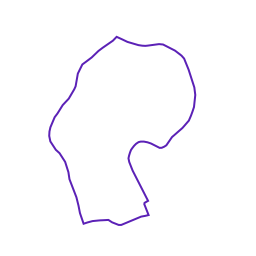 San Antonio Sacatepéquez, San Marcos, Guatemala, rotated 156°
{"feature_id": "79465075B59585261586559", "entity_name": "San Antonio Sacatepéquez", "entity_type": "district", "adm_level": 2, "iso_a3": "GTM", "parent_name": "Guatemala", "parent_adm1": "San Marcos", "projection": "albers", "projection_center": [-91.709, 14.966], "detail": "fine", "context": "isolated", "style": "outline", "palette": "violet", "viewbox_px": 256, "rotation_deg": 156, "n_neighbors": 0, "source": "geoboundaries", "source_scale": "gbopen_adm2", "svg_char_len": 1070}
<svg xmlns="http://www.w3.org/2000/svg" viewBox="0 0 256 256"><g transform="rotate(156 128 128)"><path d="M200.8,132.9L199.2,122.6L200.4,111.9L202.3,105.0L203.3,85.7L204.8,77.2L206.5,69.8L207.5,58.6L203.5,58.2L198.3,57.4L191.4,55.1L186.5,53.2L183.3,52.0L180.9,48.3L176.0,43.3L173.6,42.2L152.0,41.7L147.9,40.7L144.6,40.1L144.1,51.8L143.3,52.9L139.3,53.3L141.1,87.2L140.7,96.4L139.9,100.1L138.2,102.4L136.2,104.7L134.2,106.7L132.4,107.8L129.6,109.3L127.0,110.3L124.1,110.8L121.9,110.4L119.0,109.1L116.0,107.0L113.3,104.5L107.2,97.0L105.2,96.2L102.5,96.2L100.0,96.6L91.5,101.8L78.2,105.9L69.4,110.0L65.4,113.7L62.3,116.9L59.2,120.3L53.1,130.8L50.9,138.1L48.9,156.7L48.5,168.6L49.7,172.4L53.6,179.6L62.0,190.0L65.5,192.0L76.7,195.3L78.8,196.0L81.5,197.4L84.8,199.5L93.5,206.9L97.5,211.6L101.3,215.9L106.3,213.9L118.5,211.6L123.7,210.4L132.5,207.2L143.9,204.6L151.7,198.1L158.9,187.4L161.4,185.2L170.2,178.9L178.3,175.5L186.6,169.9L190.6,167.7L198.6,160.2L201.2,156.7L203.2,152.8L204.4,147.3L202.8,137.4L200.8,132.9Z" fill="none" stroke="#5b21b6" stroke-width="2"/></g></svg>